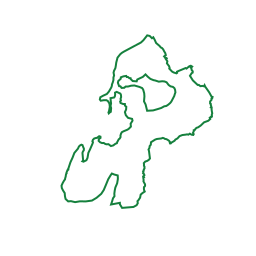 outline of Hihifo, Vava'u, Tonga, rotated 151°
{"feature_id": "48082658B37822051650309", "entity_name": "Hihifo", "entity_type": "district", "adm_level": 2, "iso_a3": "TON", "parent_name": "Tonga", "parent_adm1": "Vava'u", "projection": "mercator", "projection_center": [-174.028, -18.638], "detail": "fine", "context": "isolated", "style": "outline", "palette": "green", "viewbox_px": 256, "rotation_deg": 151, "n_neighbors": 0, "source": "geoboundaries", "source_scale": "gbopen_adm2", "svg_char_len": 4674}
<svg xmlns="http://www.w3.org/2000/svg" viewBox="0 0 256 256"><g transform="rotate(151 128 128)"><path d="M157.9,56.3L155.9,57.5L155.2,59.4L153.9,59.8L151.2,61.2L149.2,63.6L146.8,64.1L144.2,64.3L144.0,66.1L143.2,67.8L142.6,68.6L141.6,68.8L141.0,69.3L140.4,70.5L140.4,72.8L140.3,74.0L139.6,74.8L138.4,78.0L138.0,77.7L138.0,78.1L136.5,78.8L136.4,79.8L136.7,80.9L136.3,81.0L136.1,82.4L135.2,82.8L135.0,83.5L134.4,83.7L133.9,84.3L133.2,84.6L132.3,86.3L132.4,87.2L131.8,88.1L131.2,89.6L129.2,90.3L127.1,89.9L125.1,90.1L123.6,90.7L120.8,97.7L120.5,99.2L118.9,100.2L117.8,101.7L116.2,102.3L114.8,104.4L109.9,104.7L108.1,104.4L106.6,103.8L103.9,102.7L102.4,102.5L101.6,101.7L101.1,100.7L99.8,99.6L99.1,98.5L98.3,96.9L98.1,95.6L98.6,95.0L98.7,94.1L98.1,93.8L96.8,94.2L95.5,94.2L93.4,94.3L92.2,94.9L89.8,94.9L86.9,95.9L83.9,95.5L80.7,94.2L79.4,93.8L78.4,92.9L76.7,93.1L75.7,91.4L74.3,90.3L73.5,90.8L73.5,92.3L72.0,93.3L71.6,94.2L70.1,94.0L69.2,94.7L67.8,94.9L66.4,94.6L63.2,94.9L58.7,96.1L54.3,95.4L51.7,96.0L51.6,97.3L49.6,97.7L49.4,97.2L48.9,97.5L48.3,99.0L47.2,100.0L46.6,101.9L45.9,103.7L45.0,105.2L45.5,105.8L44.9,106.1L44.6,106.6L44.7,107.2L43.9,109.0L44.3,109.6L43.3,111.4L41.2,112.2L40.7,113.3L39.8,113.3L39.0,114.2L39.7,114.9L39.7,119.8L39.9,121.8L40.4,126.5L40.3,128.3L41.3,127.6L42.3,128.6L44.4,129.5L45.2,131.4L46.2,131.9L47.0,134.4L48.2,138.2L48.5,143.6L45.7,145.1L44.6,145.1L43.9,146.2L44.2,147.8L43.7,149.3L43.8,150.7L42.9,150.3L42.1,150.6L42.9,152.0L44.4,152.3L46.6,151.9L48.0,151.6L48.5,152.5L56.5,153.4L57.8,153.5L58.3,152.4L59.1,152.3L61.2,154.5L62.1,156.0L63.1,159.9L62.5,160.3L62.1,162.2L62.6,165.7L61.2,167.3L61.5,170.1L60.4,170.1L60.4,170.5L61.2,170.6L61.7,173.1L59.6,173.4L59.1,175.5L59.2,177.7L59.1,179.7L59.5,181.5L60.3,182.6L60.6,184.4L62.2,188.7L61.9,192.2L61.9,195.1L63.5,194.9L64.4,198.0L66.3,199.7L72.0,197.3L75.2,196.5L94.5,196.8L96.9,196.7L99.0,196.3L103.1,194.6L104.3,193.3L106.5,191.0L108.6,188.2L110.0,186.5L112.5,184.8L113.8,183.4L114.7,180.7L116.2,179.3L117.5,177.0L119.3,175.2L121.0,173.8L121.6,172.8L122.9,171.6L127.1,169.1L130.0,168.0L134.0,168.3L137.3,168.3L138.8,166.6L138.6,165.1L135.8,164.1L133.3,162.7L132.5,161.2L132.4,158.3L133.6,155.4L136.4,152.0L137.6,151.0L137.7,150.1L136.7,150.4L135.2,150.5L133.1,153.6L132.6,155.7L130.9,157.7L129.9,160.2L128.8,162.6L125.3,161.4L124.2,162.0L123.0,163.5L122.2,165.2L120.4,165.1L118.0,161.8L118.1,160.4L119.0,158.4L120.4,157.1L120.9,155.4L122.0,155.0L122.4,153.5L120.6,151.3L119.1,150.5L119.8,149.1L119.2,147.4L120.7,145.1L123.0,143.4L123.7,140.2L123.0,136.8L120.0,134.0L120.5,132.2L123.6,130.5L124.8,127.8L127.8,126.9L129.3,126.8L133.6,127.3L135.5,127.3L136.9,126.4L138.3,125.0L138.9,123.7L140.3,122.8L141.6,122.6L143.0,121.7L144.3,120.9L145.1,120.1L146.7,120.3L149.3,119.9L151.7,120.5L152.1,121.4L152.9,123.3L154.6,124.1L155.6,125.0L156.5,126.7L158.0,127.4L159.3,129.0L159.9,131.0L158.9,132.4L156.8,132.7L156.3,133.8L157.2,134.8L160.1,134.4L160.8,134.8L162.7,135.2L163.6,134.9L164.4,134.7L165.6,133.6L165.5,132.6L166.5,131.6L171.7,127.6L174.7,125.5L177.9,121.5L180.0,120.0L180.5,120.0L181.0,120.0L182.5,120.1L183.2,120.1L184.0,121.0L182.9,121.4L182.0,123.6L179.9,128.3L178.9,129.2L177.4,130.0L176.6,131.3L176.4,133.2L176.1,135.1L176.9,136.0L178.4,136.0L179.9,135.6L181.8,134.2L187.0,132.2L190.8,129.0L195.0,125.9L198.9,122.3L199.6,121.6L199.9,121.5L200.1,121.3L200.2,121.0L200.3,121.0L200.5,120.9L200.5,120.6L200.9,120.6L200.9,120.4L201.5,120.1L202.0,120.0L203.7,118.5L203.7,118.1L204.6,117.6L205.2,116.9L205.9,115.9L207.4,114.4L208.0,113.6L209.4,113.0L211.7,111.6L214.1,109.8L215.0,107.5L215.1,104.8L214.9,101.8L216.2,98.9L217.0,96.2L215.9,92.8L213.4,91.7L210.2,88.8L205.6,87.2L200.6,84.3L194.7,82.0L189.3,82.2L183.3,83.4L179.3,85.5L175.2,88.7L170.1,92.8L166.1,95.1L164.2,96.0L162.6,94.0L160.0,91.5L160.8,89.8L161.6,88.3L164.3,84.9L167.9,82.1L169.8,79.9L171.8,77.2L172.9,74.9L175.2,73.8L177.4,71.6L179.9,69.3L171.4,66.5L172.1,65.1L171.9,61.0L161.5,56.3L157.9,56.3ZM73.5,151.0L72.1,149.3L71.6,145.9L70.6,143.8L68.8,142.2L68.1,140.4L68.3,138.6L69.3,136.1L70.5,135.1L72.0,133.6L73.8,132.4L77.3,130.1L79.0,129.4L81.4,128.9L83.8,128.7L85.8,129.4L89.2,129.4L93.1,130.2L97.5,131.2L102.9,133.8L101.2,140.1L101.1,143.5L98.3,147.7L97.0,150.5L96.1,154.3L96.3,156.1L98.1,158.4L101.8,162.1L104.8,163.5L107.7,164.2L110.0,165.4L111.8,165.0L114.2,166.2L114.4,168.1L115.5,168.9L114.9,172.5L113.7,173.8L110.5,174.6L109.7,175.8L107.0,175.4L104.3,174.4L104.4,173.2L103.3,172.6L102.7,171.0L101.6,170.3L101.9,169.4L101.1,166.8L97.8,164.6L96.4,165.9L92.9,165.7L90.3,165.5L86.7,166.4L85.9,163.4L84.6,160.1L82.5,157.5L81.2,156.4L78.6,153.6L75.4,152.3L73.5,151.0Z" fill="none" stroke="#15803d" stroke-width="2"/></g></svg>